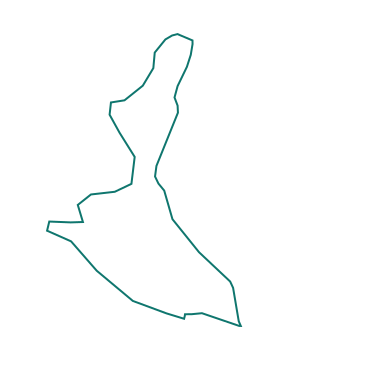 the border of Engures, rotated 36°
{"feature_id": "LVA-5759", "entity_name": "Engures", "entity_type": "Municipality", "adm_level": 1, "iso_a3": "LVA", "parent_name": "Latvia", "parent_adm1": "", "projection": "equal_earth", "projection_center": [23.268, 57.115], "detail": "fine", "context": "isolated", "style": "outline", "palette": "teal", "viewbox_px": 384, "rotation_deg": 36, "n_neighbors": 0, "source": "natural_earth", "source_scale": "10m", "svg_char_len": 721}
<svg xmlns="http://www.w3.org/2000/svg" viewBox="0 0 384 384"><g transform="rotate(36 192 192)"><path d="M103.3,69.1L105.5,72.0L110.4,81.8L114.3,93.7L118.1,114.8L122.3,125.8L129.6,130.6L134.0,136.1L147.9,191.8L153.0,201.2L159.9,204.9L168.7,207.2L192.2,225.5L233.1,236.6L275.5,242.0L281.6,245.4L305.8,269.1L310.2,271.7L308.9,272.6L271.3,284.2L263.4,291.2L258.2,295.0L259.1,296.7L260.1,299.2L242.7,305.2L208.2,314.9L161.2,311.7L123.2,303.0L97.5,308.5L93.9,299.8L111.7,287.9L121.4,280.4L107.2,269.6L111.7,253.4L129.4,237.2L138.2,221.0L125.0,197.3L98.5,186.6L79.9,177.9L73.8,167.2L83.5,157.5L89.7,134.9L87.9,114.5L79.9,101.1L80.8,84.2L83.9,77.1L87.4,72.8L103.3,69.1Z" fill="none" stroke="#0f766e" stroke-width="2"/></g></svg>